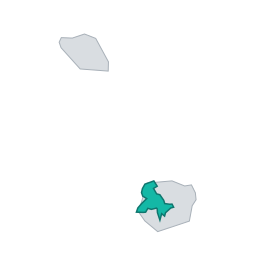 Antigua and Barbuda, with Saint John highlighted, rotated 333°
{"feature_id": "ATG-5098", "entity_name": "Saint John", "entity_type": "Parish", "adm_level": 1, "iso_a3": "ATG", "parent_name": "Antigua and Barbuda", "parent_adm1": "", "projection": "albers", "projection_center": [-61.826, 17.106], "detail": "fine", "context": "in_parent", "style": "filled", "palette": "teal", "viewbox_px": 256, "rotation_deg": 333, "n_neighbors": 0, "source": "natural_earth", "source_scale": "10m", "svg_char_len": 858}
<svg xmlns="http://www.w3.org/2000/svg" viewBox="0 0 256 256"><g transform="rotate(333 128 128)"><path d="M149.9,226.4L140.4,238.8L107.4,233.8L100.8,218.4L99.3,207.6L120.0,185.7L143.2,195.1L152.2,205.4L158.7,207.5L158.6,216.3L156.1,222.8L149.9,226.4ZM140.6,60.2L136.2,68.3L112.2,53.7L104.8,26.1L105.6,20.3L109.6,17.2L119.2,22.6L131.9,24.5L139.9,33.5L140.6,60.2Z" fill="#d9dde1" stroke="#a8b0b8" stroke-width="1"/><path d="M105.5,211.0L103.4,210.2L97.3,206.8L100.5,203.7L105.8,201.5L112.6,199.4L110.2,195.4L110.7,191.7L113.4,188.5L117.6,185.7L127.0,186.9L127.6,193.1L123.3,193.4L123.6,199.7L126.1,201.9L127.0,208.6L126.4,212.0L130.6,214.9L132.7,215.8L132.7,219.3L129.7,218.7L123.0,220.5L120.6,223.1L119.1,219.6L114.6,224.6L115.8,216.8L117.3,213.3L117.0,212.3L111.9,211.1L109.2,208.6L105.5,211.0Z" fill="#14b8a6" stroke="#0f766e" stroke-width="1.5"/></g></svg>